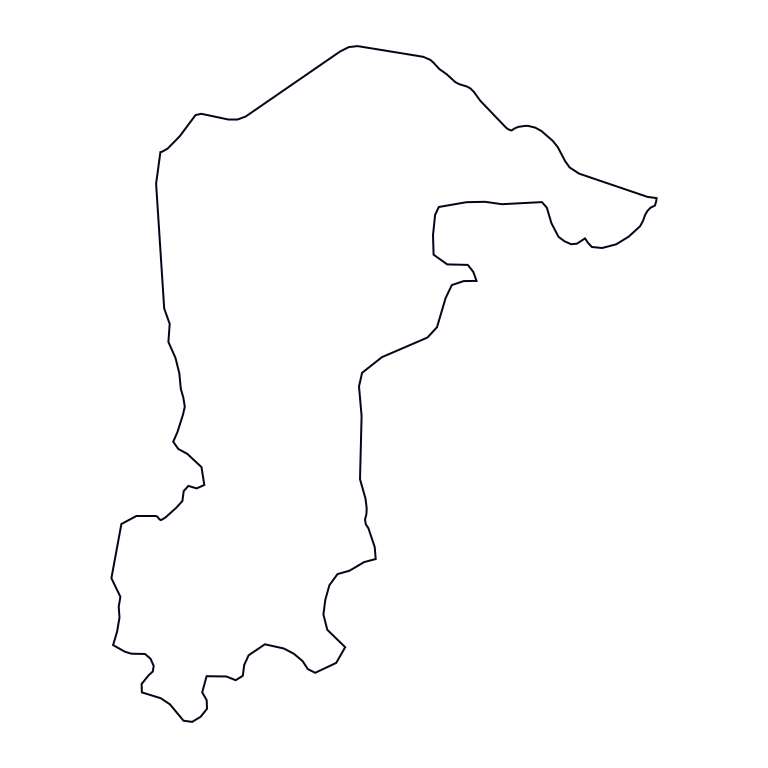 Katsina, Natural Earth projection
{"feature_id": "NGA-2870", "entity_name": "Katsina", "entity_type": "State", "adm_level": 1, "iso_a3": "NGA", "parent_name": "Nigeria", "parent_adm1": "", "projection": "natural_earth1", "projection_center": [7.789, 12.229], "detail": "fine", "context": "isolated", "style": "outline", "palette": "ink", "viewbox_px": 768, "rotation_deg": 0, "n_neighbors": 0, "source": "natural_earth", "source_scale": "10m", "svg_char_len": 2080}
<svg xmlns="http://www.w3.org/2000/svg" viewBox="0 0 768 768"><path d="M357.6,46.1L423.2,56.8L430.4,59.9L433.3,62.5L439.4,69.1L446.6,74.2L455.3,82.1L459.1,84.1L466.8,86.5L467.1,86.6L470.5,88.5L473.9,91.9L480.3,100.8L506.2,127.8L508.1,129.2L510.7,130.3L511.7,130.4L512.8,129.6L515.7,127.9L518.7,126.8L525.1,125.9L528.2,125.9L535.2,127.6L541.4,131.0L552.7,140.8L557.8,147.2L565.2,161.3L569.7,167.5L579.2,173.7L647.5,196.9L656.6,198.1L656.3,200.7L655.0,205.5L650.5,207.7L647.3,211.1L645.0,215.2L642.9,221.1L640.1,226.2L628.6,236.7L616.2,244.3L602.2,248.0L591.9,247.0L588.2,243.1L585.0,238.4L576.9,243.7L571.0,244.2L564.4,241.2L558.5,236.8L551.4,223.1L546.8,207.6L541.9,202.1L502.0,204.2L485.0,201.8L466.4,202.2L438.8,207.0L435.1,214.9L433.0,235.2L433.6,254.7L447.2,264.4L467.8,264.9L473.3,271.9L476.5,280.9L463.6,281.1L451.8,285.1L445.6,298.1L437.0,327.2L427.5,337.5L382.0,357.1L362.1,372.8L359.0,386.4L361.6,416.0L360.0,479.2L365.5,498.6L366.7,508.4L366.4,514.2L365.0,519.7L365.8,524.3L368.4,528.2L374.7,547.0L375.7,559.0L364.1,562.1L349.5,570.7L337.5,574.1L329.4,585.2L325.3,599.8L323.4,614.5L327.3,629.8L345.2,647.2L336.2,662.9L315.2,672.8L307.8,669.1L302.6,661.1L293.8,653.7L283.8,648.5L264.9,644.3L248.6,655.3L244.2,665.0L242.8,675.8L235.7,680.2L226.4,676.5L206.6,676.2L202.2,692.4L206.7,700.2L207.0,708.8L200.6,716.8L192.1,721.9L183.5,720.7L170.0,704.4L160.9,698.3L141.9,692.4L141.6,684.0L148.7,675.2L152.8,671.5L153.7,665.9L150.5,658.7L145.0,654.0L131.3,653.7L124.9,651.7L113.1,645.1L117.1,631.6L119.5,617.5L118.7,606.9L120.4,596.8L111.4,578.2L121.4,524.0L136.4,516.0L155.7,516.0L157.3,516.6L159.5,519.4L161.0,520.1L165.2,517.7L176.2,507.8L182.4,501.0L183.7,491.1L188.4,485.9L196.6,488.4L204.3,485.0L201.5,467.1L187.2,453.8L178.3,449.0L173.2,441.7L177.4,432.2L183.0,414.6L184.8,406.7L183.3,397.5L180.8,388.8L179.3,373.2L175.5,358.0L168.4,342.0L169.7,323.9L164.2,308.5L156.1,183.8L160.4,152.1L161.9,151.8L167.5,148.7L179.7,136.3L195.5,115.1L201.3,113.8L228.3,119.5L237.6,119.5L245.7,116.5L339.9,51.6L348.7,47.1L357.6,46.1Z" fill="none" stroke="#020617" stroke-width="2"/></svg>